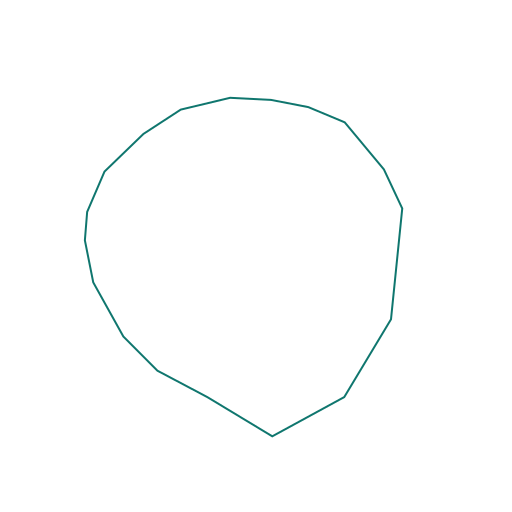 outline of Ingbokolo, Orientale, Democratic Republic of the Congo, rotated 232°
{"feature_id": "63176286B90733061522477", "entity_name": "Ingbokolo", "entity_type": "district", "adm_level": 2, "iso_a3": "COD", "parent_name": "Democratic Republic of the Congo", "parent_adm1": "Orientale", "projection": "mercator", "projection_center": [30.772, 3.399], "detail": "fine", "context": "isolated", "style": "outline", "palette": "teal", "viewbox_px": 512, "rotation_deg": 232, "n_neighbors": 0, "source": "geoboundaries", "source_scale": "gbopen_adm2", "svg_char_len": 392}
<svg xmlns="http://www.w3.org/2000/svg" viewBox="0 0 512 512"><g transform="rotate(232 256 256)"><path d="M90.5,238.7L123.0,323.4L203.4,400.5L245.5,410.1L306.7,408.2L341.1,388.9L369.8,363.9L396.6,333.0L417.7,286.8L421.5,242.5L415.8,188.6L394.7,150.1L373.7,130.8L335.4,111.5L274.2,101.9L226.3,107.7L174.7,130.8L103.9,157.8L90.5,238.7Z" fill="none" stroke="#0f766e" stroke-width="2"/></g></svg>